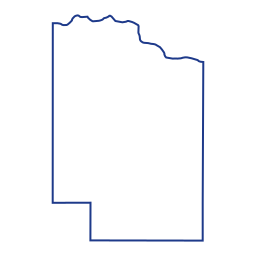 outline of Cedar, Nebraska, United States of America
{"feature_id": "52423323B30279886112519", "entity_name": "Cedar", "entity_type": "district", "adm_level": 2, "iso_a3": "USA", "parent_name": "United States of America", "parent_adm1": "Nebraska", "projection": "mercator", "projection_center": [-97.262, 42.61], "detail": "fine", "context": "isolated", "style": "outline", "palette": "blue", "viewbox_px": 256, "rotation_deg": 0, "n_neighbors": 0, "source": "geoboundaries", "source_scale": "gbopen_adm2", "svg_char_len": 1018}
<svg xmlns="http://www.w3.org/2000/svg" viewBox="0 0 256 256"><path d="M90.4,240.4L202.7,240.6L202.7,203.0L203.3,62.0L200.4,61.7L198.7,61.1L197.7,60.1L191.6,58.3L187.3,57.4L185.3,57.3L182.9,57.7L180.9,58.3L177.5,58.6L175.9,58.5L172.6,58.6L166.2,57.5L165.2,56.4L164.4,54.5L164.4,53.6L164.0,52.5L162.0,49.6L160.0,47.2L156.9,45.4L155.8,44.7L154.8,44.3L153.2,44.0L151.1,43.8L148.2,43.1L144.1,42.8L142.7,42.4L141.0,41.2L140.5,40.6L140.0,39.6L139.7,36.4L139.4,35.2L138.5,33.1L138.4,32.3L138.6,26.2L138.2,25.2L134.0,22.8L132.1,22.0L128.6,21.0L127.6,21.0L126.0,21.7L122.4,22.3L115.4,21.0L111.5,16.5L110.0,15.7L109.3,15.8L108.6,16.5L106.4,17.6L104.3,18.1L103.7,18.4L103.0,19.2L102.3,19.7L100.5,20.4L98.9,20.8L93.0,21.3L92.3,21.1L90.1,19.7L88.0,17.7L87.5,16.7L82.0,17.1L80.3,16.9L78.6,15.6L77.4,15.4L75.8,15.8L74.6,16.4L72.6,18.5L72.0,19.8L71.9,20.5L69.8,22.7L67.5,24.6L66.5,25.0L63.3,25.1L62.0,24.7L61.2,24.1L60.3,23.7L57.5,23.2L52.8,23.2L52.7,202.8L90.5,202.7L90.4,240.4Z" fill="none" stroke="#1e3a8a" stroke-width="2"/></svg>